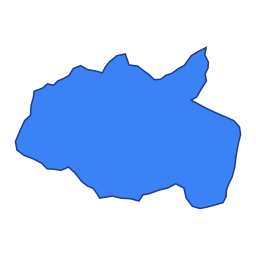 Embu das Artes, São Paulo, Brazil
{"feature_id": "56859067B44512508198046", "entity_name": "Embu das Artes", "entity_type": "district", "adm_level": 2, "iso_a3": "BRA", "parent_name": "Brazil", "parent_adm1": "São Paulo", "projection": "robinson", "projection_center": [-46.849, -23.649], "detail": "fine", "context": "isolated", "style": "filled", "palette": "blue", "viewbox_px": 256, "rotation_deg": 0, "n_neighbors": 0, "source": "geoboundaries", "source_scale": "gbopen_adm2", "svg_char_len": 1155}
<svg xmlns="http://www.w3.org/2000/svg" viewBox="0 0 256 256"><path d="M61.1,170.3L68.5,167.1L75.1,173.0L81.7,181.5L87.3,185.9L93.0,188.2L96.5,192.9L99.7,198.1L105.6,197.1L112.6,196.1L120.7,198.1L130.8,198.8L138.9,201.0L142.9,194.8L148.8,193.8L154.2,191.9L159.5,190.0L167.6,188.0L175.8,183.8L183.9,188.0L186.2,198.1L192.4,206.3L200.1,208.5L206.9,207.1L216.2,204.6L223.0,202.6L226.1,196.5L226.4,190.2L228.8,183.6L232.0,177.2L234.7,167.4L235.9,157.0L237.4,148.5L238.7,142.0L240.6,134.5L239.5,127.0L234.0,120.8L226.1,117.2L219.3,114.3L212.0,111.0L205.8,108.1L191.3,100.2L196.6,97.0L200.8,89.8L206.4,81.0L205.1,74.1L208.0,68.0L208.4,62.1L204.7,55.0L206.2,47.5L198.3,51.4L191.2,55.8L184.3,65.4L178.2,68.7L172.3,73.1L165.7,75.4L160.9,79.3L154.5,79.7L148.0,73.8L143.4,70.6L137.6,66.0L129.1,65.0L125.2,53.9L116.7,55.8L109.5,61.8L105.6,66.6L102.4,72.9L96.0,71.0L87.6,69.6L80.6,65.6L73.3,68.5L69.0,75.5L63.1,78.7L57.7,81.0L53.8,85.2L47.4,83.9L42.3,88.2L34.2,91.2L33.3,97.6L31.1,105.4L30.5,115.3L24.7,120.5L20.1,130.5L15.4,141.7L17.0,150.1L24.0,155.3L33.6,159.0L41.7,163.2L47.1,168.8L54.4,169.3L61.1,170.3Z" fill="#3b82f6" stroke="#1e3a8a" stroke-width="1.5"/></svg>